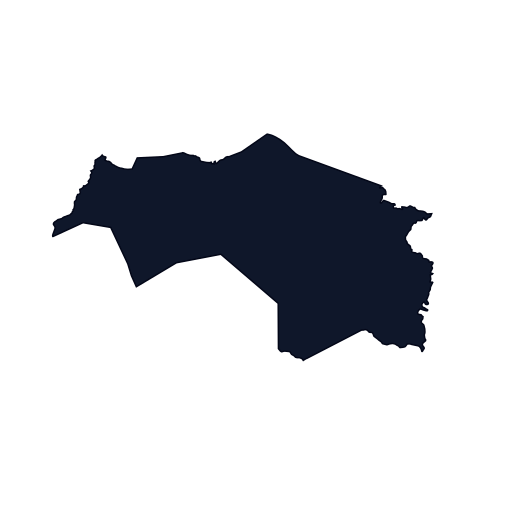 the district of Salama, Olancho, Honduras, rotated 246°
{"feature_id": "27666195B49586797079584", "entity_name": "Salama", "entity_type": "district", "adm_level": 2, "iso_a3": "HND", "parent_name": "Honduras", "parent_adm1": "Olancho", "projection": "robinson", "projection_center": [-86.647, 14.837], "detail": "fine", "context": "isolated", "style": "filled", "palette": "ink", "viewbox_px": 512, "rotation_deg": 246, "n_neighbors": 0, "source": "geoboundaries", "source_scale": "gbopen_adm2", "svg_char_len": 6112}
<svg xmlns="http://www.w3.org/2000/svg" viewBox="0 0 512 512"><g transform="rotate(246 256 256)"><path d="M267.3,399.3L267.3,398.5L267.4,397.6L267.7,396.8L268.1,396.7L268.5,397.0L269.1,399.0L330.2,335.9L332.2,334.5L333.5,333.7L338.4,331.6L341.9,330.3L347.8,327.9L352.3,325.4L356.4,322.5L359.1,320.2L360.2,319.1L362.6,316.1L362.8,315.6L357.0,285.1L357.6,273.7L357.6,272.1L358.4,270.1L358.5,268.7L358.3,267.9L357.7,266.3L357.5,264.9L358.0,262.9L358.0,262.1L357.5,260.3L356.6,258.2L356.5,257.4L356.6,257.2L358.1,257.1L359.1,257.2L359.1,256.4L358.8,255.9L357.1,255.2L357.4,254.8L357.8,254.5L358.5,252.8L358.8,252.8L359.8,253.3L360.0,253.2L360.0,252.2L360.1,251.7L361.1,249.7L361.8,248.5L364.7,244.4L365.3,244.0L366.2,243.8L368.2,244.2L368.7,244.1L369.6,243.4L370.9,241.9L371.8,241.7L372.3,241.0L372.7,239.8L373.4,239.6L374.2,237.8L374.9,236.5L376.9,234.2L379.4,232.1L380.2,231.0L380.2,230.4L384.4,211.7L393.9,187.4L385.8,178.2L387.3,174.1L389.0,171.1L390.7,169.1L391.6,167.6L393.4,165.7L394.4,165.0L395.9,163.7L396.6,163.4L397.4,162.6L398.3,161.9L400.7,161.2L402.3,160.1L402.9,159.1L403.1,158.4L403.6,158.1L404.8,157.1L405.1,157.1L405.6,157.5L406.8,158.8L407.5,159.0L407.9,158.7L408.3,157.8L409.0,157.5L409.2,157.2L409.7,156.7L410.8,156.5L410.4,155.8L409.6,153.5L409.4,151.4L409.1,150.2L409.0,148.5L408.8,148.0L408.2,147.6L407.4,147.5L407.3,147.3L406.5,146.7L405.8,146.6L405.2,146.3L404.8,145.9L404.1,144.7L401.7,144.0L401.3,143.1L401.0,141.9L400.8,140.7L400.9,139.7L399.4,140.0L398.5,139.6L398.1,139.2L397.6,138.0L397.3,137.7L396.8,137.4L395.1,136.9L394.4,136.4L393.7,135.4L392.5,133.1L392.2,133.1L392.0,133.3L391.5,133.3L391.0,133.0L390.5,132.5L390.2,131.8L389.5,128.8L389.6,128.3L390.2,127.0L389.0,126.1L388.4,123.8L388.6,122.3L388.5,122.1L388.2,121.9L387.6,122.0L386.8,121.6L385.8,121.5L384.7,120.7L384.5,120.3L384.4,119.3L384.7,118.1L384.6,117.9L383.9,117.3L383.3,116.5L382.8,116.0L382.0,115.5L381.1,115.1L380.6,114.7L380.0,113.9L379.6,112.6L379.3,112.2L377.8,111.5L376.5,111.1L374.0,109.5L373.0,108.6L372.7,107.7L372.0,107.5L371.5,107.2L371.1,106.2L370.0,105.2L369.8,104.1L369.4,103.2L369.2,102.4L369.5,99.9L369.5,98.2L369.7,96.7L369.6,95.2L369.3,94.6L369.2,93.8L369.4,92.1L369.8,89.9L369.6,89.2L369.2,87.5L369.1,86.2L368.5,84.7L367.9,84.1L367.2,83.8L366.5,83.9L364.7,84.2L364.0,84.1L363.3,83.8L362.6,83.4L358.5,79.4L357.3,78.5L356.5,78.3L356.4,78.5L356.8,111.5L341.2,134.9L301.0,135.7L288.6,134.2L276.6,134.2L282.2,180.6L271.9,224.6L203.7,257.0L162.2,238.8L159.3,239.6L158.6,240.0L158.2,240.4L158.0,240.6L157.8,242.3L157.5,243.5L154.9,248.0L151.7,248.5L149.4,250.2L147.5,250.9L146.5,252.1L145.4,254.4L144.2,255.7L143.2,256.4L141.4,256.7L141.9,259.9L141.8,260.7L145.4,322.2L144.7,324.0L144.4,325.7L143.8,326.8L143.1,327.3L142.0,327.9L140.6,328.3L140.1,328.8L139.0,330.7L138.5,331.2L137.1,331.3L135.0,331.1L134.4,331.3L130.8,333.3L129.4,333.9L126.8,335.4L126.0,335.7L124.8,335.8L124.3,336.1L121.7,339.4L121.5,340.3L121.5,341.4L121.3,342.6L120.6,345.1L120.0,346.0L118.8,347.5L117.0,348.6L115.9,349.6L113.9,350.2L113.7,350.5L112.9,353.0L112.5,355.0L112.7,355.8L113.8,357.8L114.1,358.5L112.9,361.2L112.2,361.8L108.2,367.3L107.3,368.2L106.9,368.5L104.7,369.0L103.2,369.0L101.5,368.7L101.3,368.8L101.2,369.0L101.4,369.5L102.1,370.4L102.9,371.7L103.4,372.2L104.2,372.3L106.8,371.7L107.2,371.8L107.8,372.3L108.6,373.1L109.4,375.8L109.6,376.4L110.0,376.7L110.5,376.9L111.4,376.7L112.5,376.8L114.7,377.4L115.7,377.8L116.7,378.7L117.8,379.4L120.7,380.5L124.6,381.2L125.1,381.1L127.8,379.9L128.2,379.8L130.1,381.3L130.3,382.1L130.8,382.8L132.7,383.9L132.9,383.7L133.5,383.4L135.2,382.9L136.8,380.5L137.7,380.4L138.8,380.8L139.5,381.4L140.2,382.5L140.7,383.7L140.7,384.5L140.6,384.9L140.2,385.3L138.7,386.8L136.8,389.1L136.3,390.2L136.4,390.5L136.7,390.8L137.1,390.9L138.3,389.9L140.2,388.8L141.6,387.4L142.7,387.3L144.1,387.7L144.6,388.1L145.3,389.2L145.6,390.1L145.6,390.7L145.3,391.2L143.5,391.1L142.7,391.5L142.2,392.2L142.0,393.0L142.0,393.6L142.3,394.0L142.7,394.2L143.3,394.3L145.5,393.9L146.8,394.1L148.0,395.6L149.1,396.6L150.4,398.0L151.5,398.6L152.7,399.0L154.3,401.4L156.7,402.8L160.0,406.7L160.4,406.5L161.2,404.6L161.5,404.4L161.7,404.5L163.2,405.8L164.0,406.3L167.9,407.5L167.6,408.9L167.7,409.7L168.0,410.3L168.1,410.2L169.3,408.9L169.8,408.7L170.2,408.8L170.5,409.1L172.5,411.6L173.1,412.2L174.0,412.4L175.0,412.1L175.6,412.1L176.8,414.0L177.4,414.7L177.8,414.9L178.5,414.8L179.2,414.0L179.7,412.9L179.7,412.1L179.9,411.8L181.8,412.0L183.9,410.6L185.4,408.2L185.8,407.6L187.0,407.4L188.4,408.0L190.9,407.5L191.7,407.1L192.0,406.7L192.2,406.2L192.4,404.4L193.1,403.6L194.0,403.0L195.2,401.1L195.8,400.5L196.3,400.1L196.7,400.0L197.2,400.1L197.8,400.8L198.2,401.0L198.6,400.9L198.9,400.4L199.3,400.3L200.2,400.4L201.5,400.8L202.4,400.9L203.0,400.7L203.7,400.3L206.1,399.1L206.7,399.5L207.4,399.6L208.9,399.3L210.1,399.2L212.4,400.1L213.1,400.7L213.8,402.0L215.9,404.8L216.5,406.0L217.2,408.0L217.6,408.4L219.9,409.7L220.6,411.2L221.8,413.1L221.7,414.0L221.6,414.4L221.2,414.8L221.2,415.3L221.4,415.9L222.6,417.0L222.7,417.7L222.5,418.4L221.6,420.1L221.0,421.9L221.2,422.5L222.6,424.2L222.8,424.7L222.4,425.0L221.0,425.2L220.1,425.6L219.8,425.8L219.7,426.2L219.9,426.9L220.5,427.8L220.8,428.5L220.9,430.9L221.1,431.5L223.2,433.7L224.4,430.4L224.8,429.6L225.3,429.1L227.1,428.4L228.4,427.3L229.1,426.4L230.3,424.4L230.9,423.2L231.5,422.4L233.7,421.0L235.8,420.7L235.9,420.4L236.0,419.9L236.4,419.4L238.3,417.9L239.1,417.1L239.1,416.5L238.7,414.8L238.9,413.5L239.3,412.7L240.1,411.9L240.6,411.0L241.6,409.3L241.2,409.0L240.7,408.9L239.3,409.2L239.1,408.9L239.1,408.5L239.3,408.1L240.9,406.5L241.6,404.3L242.3,403.9L242.8,403.5L243.6,401.3L244.0,401.2L245.8,401.7L246.2,402.4L246.0,403.8L246.4,403.9L247.2,403.8L247.6,403.3L248.2,401.9L248.6,401.1L251.0,399.3L254.5,395.7L254.8,395.2L254.7,394.6L253.4,392.2L253.5,391.6L253.8,391.3L254.1,391.2L255.3,392.0L256.8,394.1L257.3,394.6L258.2,395.2L259.7,395.8L260.1,396.1L260.2,396.6L260.2,397.5L259.8,398.9L259.4,399.5L259.5,399.8L262.0,400.7L263.6,400.8L264.1,400.7L265.4,400.0L266.7,399.6L267.3,399.3Z" fill="#0f172a" stroke="#020617" stroke-width="1.5"/></g></svg>